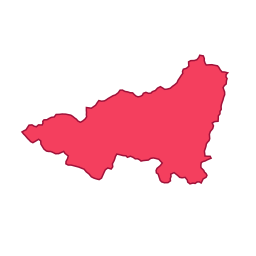 the district of Palma, Minas Gerais, Brazil, rotated 83°
{"feature_id": "56859067B72976331537795", "entity_name": "Palma", "entity_type": "district", "adm_level": 2, "iso_a3": "BRA", "parent_name": "Brazil", "parent_adm1": "Minas Gerais", "projection": "natural_earth1", "projection_center": [-42.328, -21.44], "detail": "fine", "context": "isolated", "style": "filled", "palette": "rose", "viewbox_px": 256, "rotation_deg": 83, "n_neighbors": 0, "source": "geoboundaries", "source_scale": "gbopen_adm2", "svg_char_len": 2984}
<svg xmlns="http://www.w3.org/2000/svg" viewBox="0 0 256 256"><g transform="rotate(83 128 128)"><path d="M106.8,28.0L104.0,27.7L101.6,28.3L99.5,28.7L97.6,27.2L96.3,25.2L93.0,24.5L91.0,23.6L89.3,24.5L86.9,24.1L85.4,22.3L84.2,25.3L83.8,27.8L81.5,29.4L78.8,30.5L77.2,31.6L76.3,34.4L75.4,37.0L75.2,39.3L75.0,42.7L72.7,43.7L70.4,44.1L68.3,43.8L65.6,44.5L64.5,47.9L66.7,49.2L68.6,51.3L69.1,53.9L68.8,57.6L69.7,59.8L71.8,60.0L74.1,60.1L75.9,62.8L76.4,65.9L78.5,67.0L80.5,67.0L82.5,68.9L84.7,70.7L86.6,72.4L89.0,73.8L90.7,76.2L92.0,78.7L93.7,81.1L94.2,84.6L94.1,86.9L92.7,88.5L90.9,90.8L92.0,93.8L94.1,96.2L94.9,99.4L96.2,101.1L96.1,103.4L94.8,105.9L95.4,108.5L97.2,109.7L98.1,111.8L98.3,114.3L97.2,116.3L95.5,117.8L93.7,119.1L93.2,121.7L92.2,123.7L91.3,126.6L89.7,128.9L89.5,131.3L91.8,133.4L93.6,136.4L94.1,138.9L95.2,141.5L96.3,144.1L97.3,145.9L98.2,148.0L98.2,151.0L97.2,153.6L99.2,155.5L101.5,157.4L102.7,159.7L103.9,162.0L103.2,164.6L102.6,166.8L105.5,167.2L107.7,167.3L109.6,167.7L111.9,167.7L113.8,169.4L115.6,172.2L116.5,174.6L115.0,176.8L112.9,178.2L111.6,179.7L109.7,181.5L108.3,183.2L107.5,185.6L106.7,188.0L106.1,191.6L106.1,194.4L105.8,197.7L108.1,199.9L108.1,202.9L109.0,205.5L109.9,207.4L109.7,210.4L111.0,211.8L112.9,211.8L114.5,212.9L114.0,216.5L115.6,218.8L114.8,220.9L113.2,222.9L113.1,225.9L115.0,227.5L117.3,229.4L118.1,231.7L119.0,233.7L121.3,232.3L122.8,231.1L124.6,229.9L126.3,228.8L128.0,227.4L129.6,226.3L131.0,224.2L129.7,221.2L128.3,218.1L130.2,216.2L133.4,216.4L136.3,215.1L138.7,214.0L140.9,211.8L141.6,209.8L141.9,207.6L143.0,205.6L144.7,203.1L145.0,199.9L143.4,194.7L145.4,193.7L146.9,192.3L148.5,190.7L151.0,191.7L153.7,193.6L156.0,194.0L157.5,191.9L157.9,188.8L159.5,184.8L160.8,181.6L162.1,179.2L163.5,176.6L166.5,174.7L168.9,172.3L172.0,170.3L173.6,167.9L174.7,165.5L175.7,162.9L174.5,160.4L169.0,157.1L166.7,155.6L165.2,152.9L166.7,149.7L164.7,147.9L161.6,147.8L159.0,146.0L156.8,144.8L155.0,144.1L152.5,142.3L153.7,138.9L154.8,136.2L155.3,133.5L157.0,132.1L156.3,129.0L157.8,126.4L159.5,124.6L159.7,122.3L160.8,120.5L162.4,119.1L162.2,116.9L162.3,111.7L160.9,109.1L160.8,106.4L161.6,104.2L162.8,101.2L166.9,98.3L169.2,100.4L171.6,104.1L173.6,105.3L176.0,105.3L177.4,103.7L183.9,102.4L185.6,101.1L186.8,98.5L187.1,95.0L185.6,92.3L183.6,92.3L181.3,91.2L179.0,91.2L177.9,87.7L181.1,84.5L183.3,82.7L184.0,80.5L184.0,77.3L186.9,75.5L189.0,75.3L191.0,73.3L190.6,70.2L191.2,68.1L190.0,66.0L190.2,63.7L191.5,62.1L187.7,59.6L186.4,56.5L184.6,55.4L182.7,56.1L181.1,57.5L179.3,58.0L177.8,59.2L176.2,60.4L173.6,60.2L171.2,59.5L170.4,57.5L170.1,55.4L169.3,53.4L168.1,49.2L166.1,49.9L165.7,52.8L165.2,55.0L163.1,55.0L160.2,55.0L157.8,53.8L155.5,52.8L153.4,52.2L151.8,50.8L150.4,49.1L148.6,48.2L146.3,48.1L144.1,48.0L141.5,46.7L138.9,44.0L136.3,42.9L133.3,43.8L132.2,41.3L132.3,37.8L129.5,37.2L127.0,36.9L125.2,35.0L122.7,34.7L120.9,33.2L118.1,33.0L115.8,32.3L113.9,31.4L111.7,30.3L109.1,29.3L106.8,28.0Z" fill="#f43f5e" stroke="#9f1239" stroke-width="1.5"/></g></svg>